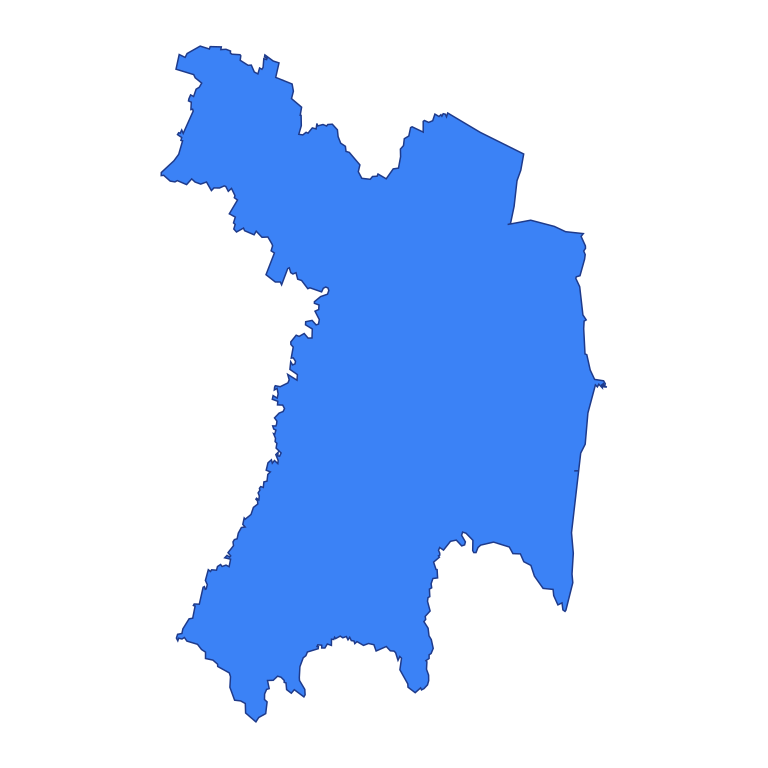 Sukoharjo, Jawa Tengah, Indonesia
{"feature_id": "22746128B41417259813102", "entity_name": "Sukoharjo", "entity_type": "district", "adm_level": 2, "iso_a3": "IDN", "parent_name": "Indonesia", "parent_adm1": "Jawa Tengah", "projection": "equal_earth", "projection_center": [110.813, -7.683], "detail": "fine", "context": "isolated", "style": "filled", "palette": "blue", "viewbox_px": 768, "rotation_deg": 0, "n_neighbors": 0, "source": "geoboundaries", "source_scale": "gbopen_adm2", "svg_char_len": 6091}
<svg xmlns="http://www.w3.org/2000/svg" viewBox="0 0 768 768"><path d="M161.2,175.6L163.7,175.3L170.2,181.1L175.0,181.9L177.3,180.6L186.6,184.6L191.7,178.9L195.0,182.0L200.7,184.1L206.5,182.0L211.4,190.6L214.0,187.9L219.5,188.0L224.2,185.9L225.8,186.5L228.3,191.3L231.5,188.4L235.0,195.7L234.3,197.7L237.5,200.0L229.3,213.8L235.3,217.1L233.5,222.9L235.2,224.4L233.8,229.0L236.5,232.0L243.5,228.1L244.6,230.7L254.1,234.8L256.2,231.2L262.0,237.3L267.9,237.0L271.9,243.9L272.6,245.8L271.1,250.8L274.4,253.0L266.0,274.7L275.3,282.0L280.3,282.0L281.6,284.8L287.7,268.6L289.3,267.8L290.7,272.6L292.9,274.0L296.0,272.7L297.7,279.2L301.6,280.5L307.8,288.7L309.9,287.8L321.6,291.9L323.3,288.3L325.7,287.0L328.0,288.0L328.8,290.5L327.5,294.2L320.6,296.6L314.4,301.7L314.4,303.3L319.0,305.0L318.7,309.5L315.0,311.2L319.3,319.6L318.5,324.1L316.1,324.9L312.1,320.4L305.7,321.7L305.5,324.8L312.3,329.0L312.0,338.0L308.1,338.1L304.2,333.5L299.1,336.4L296.2,335.2L290.8,341.9L290.9,344.5L293.2,347.1L291.2,358.1L293.3,357.9L295.5,361.3L295.0,363.9L292.6,364.9L290.7,361.8L289.9,369.4L297.4,374.6L297.0,380.2L287.7,374.4L289.2,379.8L287.9,382.9L280.2,386.7L275.3,385.7L274.6,387.1L274.3,390.0L277.1,388.4L278.1,393.9L277.2,398.1L273.1,395.6L272.3,399.3L277.8,401.3L277.5,404.9L282.7,405.1L284.5,408.6L283.1,411.5L279.1,413.1L274.5,417.9L276.9,421.1L276.6,424.0L275.9,426.0L272.7,425.9L273.7,429.0L275.9,430.1L274.7,434.2L273.6,433.7L275.5,438.3L275.1,441.6L276.9,443.3L276.1,448.1L281.1,453.0L279.6,456.2L277.8,455.9L278.1,452.3L275.8,454.6L278.2,460.5L277.8,463.6L274.5,460.5L272.3,463.2L271.4,459.8L268.0,462.8L266.2,470.2L270.3,471.9L267.8,474.4L267.0,481.1L263.9,481.9L263.3,487.4L260.7,486.6L259.4,488.4L259.9,490.2L258.1,492.9L259.3,496.0L258.8,499.9L256.6,498.2L255.9,499.2L257.5,500.9L257.8,504.0L253.4,507.4L251.0,514.5L245.2,519.2L244.2,518.0L242.8,524.4L245.1,527.0L241.4,527.5L238.3,533.1L237.1,538.8L234.4,539.6L233.0,541.9L233.5,545.7L228.0,552.7L230.7,555.9L229.6,557.1L227.0,555.4L224.7,557.8L230.6,559.2L229.1,566.7L226.0,565.1L222.1,566.5L220.6,564.5L217.5,566.5L216.5,570.2L211.6,569.8L210.5,571.5L208.3,569.7L205.4,580.4L207.3,584.7L206.2,588.9L205.2,589.3L204.4,586.6L203.1,587.3L199.3,604.2L194.2,604.0L193.4,605.5L195.1,606.1L192.7,618.2L189.1,618.8L182.9,628.8L181.9,633.5L177.6,634.3L176.4,638.1L177.8,640.8L178.7,638.2L182.0,639.0L184.4,637.5L186.9,641.1L197.5,644.3L201.5,649.5L205.5,652.1L205.5,658.5L212.9,660.1L217.6,664.2L217.7,666.5L229.3,672.9L230.5,676.7L229.9,687.3L234.6,700.2L240.6,700.9L245.3,703.5L245.6,713.0L255.9,721.9L258.7,717.5L265.7,713.6L267.1,701.9L264.5,699.5L264.6,694.0L266.6,689.4L269.2,688.6L267.5,680.5L273.2,680.3L277.6,676.2L281.0,677.2L284.2,680.4L284.2,682.4L286.0,682.9L286.6,689.6L291.3,693.2L294.3,689.7L303.9,696.9L305.1,694.8L304.8,689.4L299.5,680.5L299.3,677.6L299.9,666.7L303.2,657.8L305.9,655.7L307.4,652.0L318.2,648.7L318.4,646.6L317.0,646.5L317.8,644.8L321.7,645.2L321.7,648.0L324.9,648.0L327.3,644.0L331.4,645.4L331.5,639.2L333.8,639.5L334.6,637.3L335.6,638.6L340.2,636.1L342.8,637.8L346.3,636.5L348.0,639.8L349.7,637.3L351.3,640.6L354.0,641.0L354.8,643.6L357.0,641.6L363.5,645.4L368.5,643.5L373.9,644.7L376.1,651.0L386.3,646.5L390.3,650.8L394.0,651.1L395.6,652.7L398.0,660.3L399.8,656.5L401.5,658.2L399.9,669.8L407.8,683.9L408.0,687.2L415.2,692.7L420.6,687.9L421.5,689.9L424.0,688.6L427.5,684.9L428.7,680.6L428.6,675.1L426.5,669.3L426.9,661.8L425.9,660.7L429.1,658.5L429.1,654.8L431.1,653.5L433.2,648.4L431.3,639.6L429.0,635.8L428.1,628.2L423.9,621.6L425.7,619.4L425.2,616.4L430.1,611.0L427.5,601.3L428.0,597.6L429.8,596.6L429.4,589.1L431.7,587.8L431.1,583.8L432.9,578.5L437.6,577.9L437.1,569.6L436.0,569.4L433.6,562.1L439.4,557.2L438.5,555.8L439.8,555.1L439.7,553.0L438.5,550.3L439.7,547.5L443.5,550.1L450.5,541.3L456.3,540.1L461.7,545.9L464.6,544.9L465.4,541.9L461.6,535.3L462.6,532.1L466.0,533.2L472.9,540.3L472.7,550.6L473.8,552.6L476.0,552.6L478.0,547.5L480.7,545.1L493.5,542.1L509.3,547.0L512.9,553.6L520.4,553.9L523.8,561.7L530.9,565.4L534.4,576.1L543.1,588.4L553.1,589.4L553.7,595.6L557.9,604.9L562.0,602.9L562.9,609.9L565.0,611.4L565.9,610.2L572.8,582.7L572.0,574.0L573.3,553.3L571.5,532.7L580.7,453.1L585.2,444.2L587.9,413.0L595.4,384.9L597.4,386.9L598.8,384.2L602.2,387.7L601.7,384.9L603.3,383.7L603.3,386.8L606.8,387.1L604.5,385.8L605.3,383.8L603.6,380.8L594.6,379.4L590.2,370.0L586.8,354.7L585.0,353.9L583.7,328.7L584.1,321.1L586.2,319.9L582.9,314.9L579.7,286.7L575.8,278.4L576.3,276.8L580.0,275.7L584.6,259.2L585.2,254.6L583.7,251.0L585.5,248.4L585.4,245.9L581.1,236.4L583.3,233.6L565.6,231.7L554.3,226.4L530.7,220.2L507.6,224.5L510.4,223.8L510.9,221.7L514.1,206.4L517.0,180.7L520.8,170.2L523.7,154.0L480.3,132.4L447.7,113.0L446.5,116.8L445.3,114.2L443.2,113.7L441.9,116.2L440.9,114.7L439.0,116.5L434.9,114.1L432.7,120.7L428.7,122.4L424.4,120.5L423.2,121.4L423.2,132.1L412.1,126.8L410.6,127.6L408.8,136.0L404.3,138.7L403.5,145.6L400.4,149.1L400.6,156.7L398.5,168.1L393.2,168.9L386.2,178.8L378.0,174.0L377.1,176.2L372.5,176.5L370.2,179.3L361.8,178.3L358.3,171.7L359.9,164.9L349.3,152.4L346.0,151.4L345.4,146.3L340.7,143.2L338.1,136.6L337.4,129.8L332.3,124.2L327.8,124.5L326.6,126.0L323.0,124.5L317.7,125.9L316.9,123.5L316.1,128.9L312.3,127.9L308.0,133.2L306.1,132.3L302.8,134.9L298.8,134.3L301.3,125.7L301.1,115.4L300.2,115.3L301.6,107.2L291.5,98.6L293.4,91.2L292.1,84.0L275.7,77.4L279.0,62.9L273.2,61.0L264.9,54.9L264.5,57.0L267.1,58.2L266.6,59.6L263.8,58.7L263.1,67.4L261.9,69.3L259.6,68.0L257.9,73.9L254.3,72.0L251.3,65.1L248.1,65.3L240.2,60.3L240.8,55.8L240.0,54.7L231.9,54.2L230.4,53.1L230.5,51.0L226.0,49.3L220.8,49.6L221.3,46.9L210.2,46.6L209.4,49.0L200.2,46.1L187.1,53.5L185.1,57.4L179.2,54.5L176.0,69.2L193.7,74.6L195.2,77.8L201.7,83.1L199.3,87.2L196.1,89.2L193.6,96.5L190.6,94.9L188.9,98.8L188.5,100.9L191.3,102.2L190.9,109.6L192.6,109.2L193.2,111.1L183.2,133.4L181.7,130.0L180.2,133.2L178.7,132.7L177.5,134.6L181.7,137.5L180.9,140.4L182.6,140.8L178.7,154.3L173.9,160.8L161.3,172.5L161.2,175.6ZM578.3,470.8L574.6,470.9L574.2,470.9L576.2,470.8L578.3,470.8Z" fill="#3b82f6" stroke="#1e3a8a" stroke-width="1.5"/></svg>